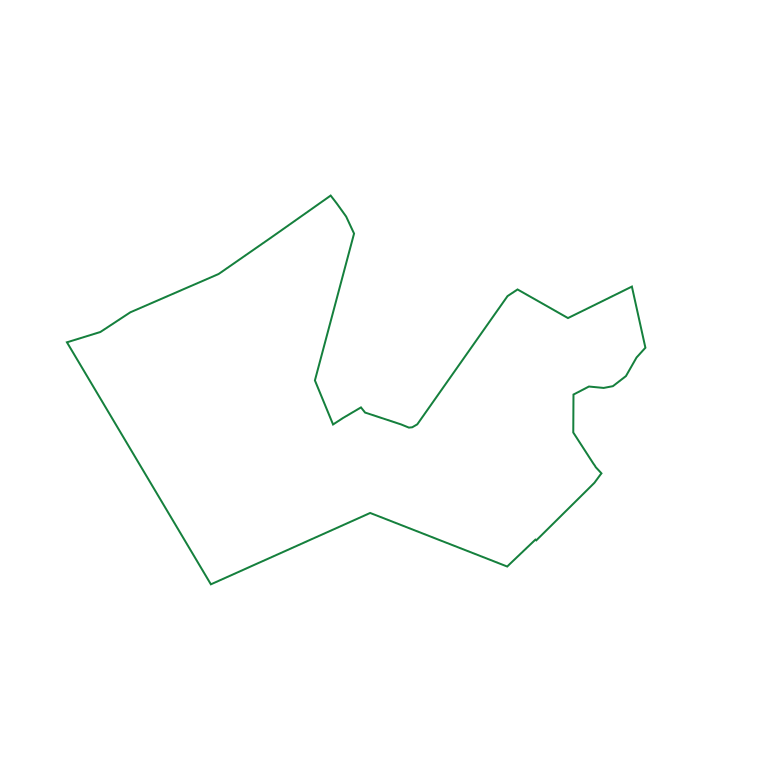 outline of San Nicolás Hidalgo, Oaxaca, Mexico, rotated 144°
{"feature_id": "50627088B32967205278142", "entity_name": "San Nicolás Hidalgo", "entity_type": "district", "adm_level": 2, "iso_a3": "MEX", "parent_name": "Mexico", "parent_adm1": "Oaxaca", "projection": "albers", "projection_center": [-98.142, 17.776], "detail": "fine", "context": "isolated", "style": "outline", "palette": "green", "viewbox_px": 768, "rotation_deg": 144, "n_neighbors": 0, "source": "geoboundaries", "source_scale": "gbopen_adm2", "svg_char_len": 718}
<svg xmlns="http://www.w3.org/2000/svg" viewBox="0 0 768 768"><g transform="rotate(144 384 384)"><path d="M391.6,163.9L387.5,164.5L353.0,169.1L352.7,168.0L276.9,179.6L271.8,180.4L262.4,183.4L261.6,183.6L260.6,183.9L261.6,192.3L261.4,194.0L261.4,196.6L259.4,233.5L236.9,264.1L219.7,261.5L208.6,251.7L200.1,247.7L183.6,248.2L164.1,257.0L151.2,259.7L126.2,317.1L196.4,329.2L220.4,382.0L232.4,382.5L254.7,374.9L380.8,331.8L386.6,332.4L389.5,334.1L393.9,341.2L416.1,372.0L416.4,378.6L437.2,380.6L449.0,381.2L437.8,427.5L319.8,523.3L316.2,541.7L316.1,557.8L316.4,567.8L387.5,568.8L453.1,570.2L547.0,591.1L582.9,592.8L616.0,604.1L641.8,323.7L471.0,287.8L391.6,163.9Z" fill="none" stroke="#15803d" stroke-width="2"/></g></svg>